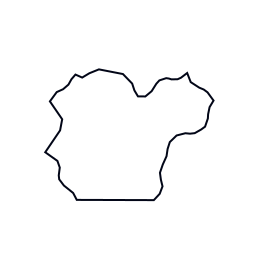 the Province of Nigde, rotated 235°
{"feature_id": "TUR-3020", "entity_name": "Nigde", "entity_type": "Province", "adm_level": 1, "iso_a3": "TUR", "parent_name": "Turkey", "parent_adm1": "", "projection": "robinson", "projection_center": [34.715, 37.878], "detail": "fine", "context": "isolated", "style": "outline", "palette": "ink", "viewbox_px": 256, "rotation_deg": 235, "n_neighbors": 0, "source": "natural_earth", "source_scale": "10m", "svg_char_len": 818}
<svg xmlns="http://www.w3.org/2000/svg" viewBox="0 0 256 256"><g transform="rotate(235 128 128)"><path d="M101.4,213.8L98.3,206.8L93.3,201.5L90.0,198.9L84.9,191.9L84.8,187.1L85.5,179.7L87.8,175.5L90.8,172.0L94.0,163.5L92.5,154.2L88.1,148.4L82.8,143.4L78.1,135.5L73.0,128.5L66.8,125.3L60.4,122.8L55.9,116.2L54.1,107.8L98.5,44.8L106.2,45.8L117.6,42.5L125.4,42.2L128.9,44.1L134.7,49.4L141.5,51.3L155.6,46.3L165.0,71.0L172.9,79.1L194.6,79.3L198.3,90.2L197.0,97.1L197.7,104.1L200.4,109.7L201.9,115.6L195.6,119.4L195.0,127.8L192.7,137.8L175.1,154.8L162.0,156.9L155.1,154.8L148.2,154.3L143.9,160.3L144.6,168.5L148.0,176.6L149.0,181.0L146.9,187.9L145.0,189.9L142.9,191.5L139.5,196.6L138.8,200.2L139.1,208.0L129.6,205.7L120.2,209.5L116.1,212.1L111.6,213.6L101.4,213.8Z" fill="none" stroke="#020617" stroke-width="2"/></g></svg>